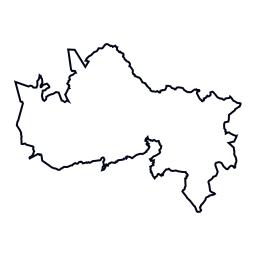 outline of Tlacolulan, Veracruz, Mexico, rotated 90°
{"feature_id": "50627088B39576903361064", "entity_name": "Tlacolulan", "entity_type": "district", "adm_level": 2, "iso_a3": "MEX", "parent_name": "Mexico", "parent_adm1": "Veracruz", "projection": "orthographic", "projection_center": [-97.003, 19.702], "detail": "fine", "context": "isolated", "style": "outline", "palette": "ink", "viewbox_px": 256, "rotation_deg": 90, "n_neighbors": 0, "source": "geoboundaries", "source_scale": "gbopen_adm2", "svg_char_len": 5761}
<svg xmlns="http://www.w3.org/2000/svg" viewBox="0 0 256 256"><g transform="rotate(90 128 128)"><path d="M125.4,239.2L130.5,235.9L133.2,234.8L134.5,235.0L136.6,234.3L137.4,234.7L143.9,234.4L144.1,233.3L143.5,231.0L144.7,229.6L146.4,223.2L147.2,222.5L149.1,222.9L151.2,221.8L152.2,222.4L153.1,222.4L156.1,224.1L157.1,226.1L157.8,226.5L158.4,226.3L154.0,218.0L154.4,215.7L154.8,215.9L154.7,214.9L155.4,214.5L160.6,213.8L167.3,204.3L168.1,202.6L168.7,199.9L169.8,198.0L169.7,196.3L169.4,195.7L168.6,195.0L167.6,192.9L166.9,192.1L167.0,188.8L165.3,184.6L165.3,183.7L164.4,183.0L163.3,181.3L163.1,180.6L163.7,179.5L163.7,178.8L163.5,178.1L161.9,176.7L162.0,175.7L161.7,175.3L161.9,174.4L163.4,173.0L162.5,169.8L162.7,169.4L162.4,169.2L162.8,168.3L162.2,167.4L162.8,166.3L162.2,164.8L161.2,163.5L160.2,155.6L158.1,154.4L157.5,153.4L157.5,152.8L157.7,152.4L159.6,151.6L160.4,151.8L161.7,152.8L165.1,152.1L166.0,152.3L166.6,153.0L167.5,153.4L168.9,153.4L170.1,153.9L169.6,152.2L169.0,151.6L166.8,150.5L165.1,150.4L164.4,149.8L164.6,149.3L165.6,148.7L165.7,148.1L163.9,147.4L162.4,144.7L162.9,141.0L162.3,140.8L162.2,140.0L161.4,139.7L161.5,138.6L160.3,138.0L159.5,132.5L158.6,132.1L158.4,130.2L158.7,129.7L158.2,129.3L157.0,129.8L156.4,128.8L157.2,125.5L158.2,124.0L154.9,119.5L153.7,115.3L154.1,113.9L153.4,112.1L151.8,109.7L151.5,109.9L148.4,107.1L146.8,107.2L146.6,106.6L145.5,107.2L145.4,107.8L144.2,108.0L143.9,107.6L143.7,108.1L144.7,108.9L144.0,109.5L142.5,108.3L141.9,108.5L140.8,110.6L139.6,109.6L139.2,110.3L138.6,110.0L138.0,109.1L137.1,108.4L138.2,108.1L138.7,108.4L139.5,107.6L139.8,106.0L140.5,105.4L140.3,104.7L140.9,103.7L139.9,101.9L141.4,99.7L141.0,97.3L142.9,96.9L143.3,96.3L144.7,96.2L146.1,94.7L148.7,95.2L149.8,96.6L150.6,96.6L151.7,95.9L152.3,95.9L153.3,96.6L155.4,99.8L156.5,102.5L158.4,104.3L159.2,106.0L160.9,104.9L160.4,104.0L160.8,103.6L160.4,102.2L161.0,102.4L162.4,102.1L162.6,102.7L163.2,103.2L163.7,102.7L165.1,102.6L165.1,103.3L166.6,105.2L166.7,105.7L167.8,105.3L169.6,105.6L171.9,104.5L172.1,105.1L174.3,103.5L175.4,103.4L178.3,101.3L177.2,100.7L176.4,99.3L174.1,98.0L173.9,97.3L175.8,94.7L175.6,94.3L174.7,94.5L174.2,94.0L174.8,93.0L172.5,92.5L169.4,89.8L169.3,87.7L168.8,87.1L170.6,85.0L171.0,83.4L170.5,80.1L171.2,78.3L171.9,73.9L172.1,70.3L173.2,69.9L174.1,68.7L175.4,68.3L176.1,68.7L176.3,69.6L178.0,69.5L178.4,69.9L178.5,70.8L186.1,70.4L187.4,71.2L188.8,71.3L189.8,72.0L190.1,72.9L191.5,73.6L196.6,69.6L197.9,68.9L200.9,65.8L206.1,61.8L206.4,61.1L211.3,59.2L211.9,58.4L211.6,55.8L210.1,54.8L208.9,55.6L207.2,56.0L206.5,55.3L205.2,55.0L203.2,53.0L199.7,50.5L198.7,50.4L197.4,49.7L196.4,47.2L195.7,46.8L194.5,42.0L193.9,41.1L193.2,41.7L192.2,44.2L190.8,45.9L185.1,46.7L182.0,47.6L181.0,47.2L179.3,44.6L177.8,43.2L176.8,42.8L175.9,40.1L173.9,39.0L171.7,38.3L165.4,40.6L163.8,40.6L162.8,39.9L162.1,37.0L162.7,35.0L163.3,34.2L166.3,32.5L169.0,29.7L169.2,28.4L166.4,26.0L165.7,24.6L166.0,23.1L167.4,22.2L167.8,21.3L167.2,20.8L164.4,20.8L164.0,20.4L163.1,20.4L162.2,19.8L160.2,19.6L157.0,20.4L155.6,21.3L154.3,21.7L150.8,21.7L150.0,22.0L147.6,22.2L142.9,27.4L141.5,21.9L137.3,19.8L135.8,19.4L136.0,19.9L134.7,23.2L133.4,25.7L132.4,27.0L132.5,28.1L133.6,30.2L131.6,30.2L131.4,30.7L130.1,30.4L128.5,31.7L125.9,31.9L123.6,31.8L122.3,31.1L121.6,27.7L119.6,27.2L114.9,27.0L110.2,21.1L109.2,20.8L106.3,16.3L104.1,15.4L103.4,15.5L102.7,19.3L102.1,19.8L100.6,22.7L97.5,24.9L96.6,25.9L97.4,26.1L97.9,26.6L98.5,30.5L99.7,31.6L99.8,32.3L98.5,34.4L98.5,36.0L97.2,38.6L93.3,41.7L91.9,43.1L91.7,43.8L92.4,45.6L94.8,45.4L95.5,45.8L96.3,47.3L96.5,48.7L96.0,48.8L96.4,49.4L97.6,49.9L98.4,51.9L98.9,51.7L99.6,51.9L99.6,52.3L100.4,52.3L100.8,53.3L101.2,53.5L101.1,54.1L100.1,54.7L98.8,56.3L93.3,59.1L91.6,58.7L91.2,56.9L90.6,56.6L90.0,57.0L90.0,58.7L89.4,59.5L89.9,60.1L89.5,60.8L89.7,61.7L92.1,64.8L92.1,68.5L89.9,72.0L88.3,72.9L87.8,74.2L87.3,78.0L87.8,79.4L89.3,80.4L89.3,81.2L88.7,81.8L88.0,84.2L86.4,85.5L85.8,87.8L85.9,89.5L86.6,89.4L89.6,90.7L90.2,92.3L90.0,93.5L90.5,94.1L90.7,95.5L92.4,95.8L92.5,96.7L91.1,98.7L91.7,99.9L91.3,103.8L90.5,105.4L88.6,106.0L87.9,107.1L85.7,109.2L85.2,109.3L84.4,110.3L83.4,110.5L82.3,113.6L79.3,115.1L77.8,116.6L76.0,121.1L75.6,121.5L74.8,121.3L74.1,122.1L74.0,122.8L72.3,123.4L70.9,123.1L69.9,123.3L66.1,126.1L66.1,126.5L64.1,126.0L62.3,126.9L61.0,129.6L60.0,130.2L59.7,130.9L58.9,131.5L58.0,131.7L57.4,132.1L57.2,132.6L56.2,133.1L55.1,132.4L54.0,132.6L53.4,133.1L53.3,133.9L52.8,134.7L51.8,135.6L52.2,136.5L52.0,136.9L51.0,137.5L50.2,138.7L49.1,139.1L47.3,138.7L47.0,139.9L45.7,140.7L46.8,143.2L46.3,143.4L45.8,144.4L46.1,145.3L44.3,148.1L44.1,149.3L44.3,150.2L45.0,151.1L47.9,153.3L48.4,154.1L48.3,157.4L50.9,158.9L51.8,160.6L51.9,161.6L55.4,165.1L56.1,166.7L58.4,169.2L60.7,170.3L60.8,169.2L61.5,167.4L66.9,170.7L49.8,181.3L49.5,187.8L69.2,185.0L70.8,184.3L71.1,183.4L70.8,182.9L71.0,181.0L72.8,180.1L73.1,181.3L74.7,183.0L75.4,184.9L76.4,186.3L78.1,186.7L79.6,186.1L81.0,187.5L81.9,187.4L83.6,188.7L84.9,187.6L85.0,187.0L86.0,186.6L87.6,187.4L88.3,186.7L88.5,187.3L89.6,188.2L94.0,190.3L94.4,190.8L98.4,189.1L101.2,187.5L100.6,188.5L100.7,189.1L102.1,191.1L100.5,193.7L100.4,194.4L92.7,197.2L92.2,199.2L92.2,200.2L93.8,202.7L94.9,206.5L96.8,209.7L97.7,209.6L99.5,210.1L100.8,211.6L100.4,212.4L99.6,213.2L98.6,213.2L98.2,213.6L97.1,213.7L96.2,214.1L90.6,213.2L90.3,210.8L88.7,209.5L87.4,206.8L86.8,206.7L86.0,207.0L83.7,209.0L84.8,212.8L87.1,214.6L87.1,215.3L85.7,215.4L82.7,213.7L81.2,213.7L78.5,214.2L78.2,214.7L76.1,215.2L75.2,216.4L77.5,216.7L79.5,217.3L81.1,218.7L85.3,218.6L87.5,219.5L87.6,222.4L87.3,222.9L86.2,223.8L85.7,225.1L85.7,225.8L86.5,227.5L81.9,240.6L101.4,235.5L102.0,234.4L101.9,233.7L103.4,233.1L120.4,237.8L121.9,238.6L125.4,239.2Z" fill="none" stroke="#020617" stroke-width="2"/></g></svg>